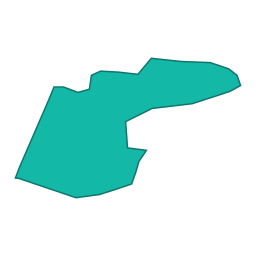 the district of Wilton'S Yard/Grave Yard, Castries, Saint Lucia
{"feature_id": "8701671B87901537971964", "entity_name": "Wilton'S Yard/Grave Yard", "entity_type": "district", "adm_level": 2, "iso_a3": "LCA", "parent_name": "Saint Lucia", "parent_adm1": "Castries", "projection": "mercator", "projection_center": [-60.986, 14.01], "detail": "fine", "context": "isolated", "style": "filled", "palette": "teal", "viewbox_px": 256, "rotation_deg": 0, "n_neighbors": 0, "source": "geoboundaries", "source_scale": "gbopen_adm2", "svg_char_len": 534}
<svg xmlns="http://www.w3.org/2000/svg" viewBox="0 0 256 256"><path d="M240.6,85.5L237.0,75.3L228.8,68.9L210.2,62.6L181.3,61.5L151.3,58.3L137.9,74.3L118.3,72.1L100.7,71.1L91.4,75.3L89.4,89.2L78.0,92.4L63.5,87.0L54.0,87.0L48.8,99.7L19.9,166.3L15.4,178.0L19.1,178.5L75.9,197.7L84.2,196.6L99.7,194.5L101.1,194.0L115.6,189.4L131.7,183.9L135.8,172.2L138.9,161.5L146.4,150.3L127.5,147.9L126.6,135.1L125.6,121.6L152.1,108.4L173.6,105.9L192.2,103.7L229.6,91.5L234.8,88.7L240.6,85.5Z" fill="#14b8a6" stroke="#0f766e" stroke-width="1.5"/></svg>